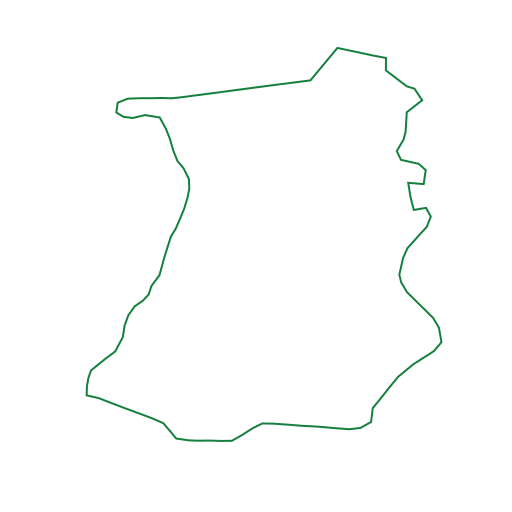 Caaporã, Paraíba, Brazil, rotated 259°
{"feature_id": "56859067B18001718921776", "entity_name": "Caaporã", "entity_type": "district", "adm_level": 2, "iso_a3": "BRA", "parent_name": "Brazil", "parent_adm1": "Paraíba", "projection": "mercator", "projection_center": [-34.92, -7.478], "detail": "fine", "context": "isolated", "style": "outline", "palette": "green", "viewbox_px": 512, "rotation_deg": 259, "n_neighbors": 0, "source": "geoboundaries", "source_scale": "gbopen_adm2", "svg_char_len": 1406}
<svg xmlns="http://www.w3.org/2000/svg" viewBox="0 0 512 512"><g transform="rotate(259 256 256)"><path d="M151.5,63.2L146.4,74.7L140.1,84.6L131.6,98.3L124.8,109.5L116.7,122.7L109.6,133.1L99.3,138.9L92.0,142.9L87.9,154.8L86.0,162.7L83.6,175.5L81.1,186.6L79.2,197.0L82.6,207.3L87.7,220.2L90.4,230.4L87.9,241.9L84.4,255.0L80.2,270.0L77.6,280.7L75.1,289.8L72.0,300.5L68.1,314.7L67.3,325.7L71.1,337.3L84.4,341.6L91.2,349.8L101.5,361.8L110.4,372.6L119.7,389.8L128.7,412.5L136.0,421.6L150.7,421.9L161.5,418.0L191.7,397.3L202.3,393.5L210.2,393.1L226.0,400.0L234.9,406.3L246.1,421.1L252.0,429.2L261.3,435.1L270.8,432.1L271.1,419.7L284.0,418.9L298.8,419.4L294.6,434.3L307.9,439.0L315.4,433.4L322.7,416.7L332.1,414.2L342.2,423.1L349.5,426.6L368.3,431.4L377.2,448.8L390.0,443.5L393.8,436.4L413.4,418.9L425.6,421.4L430.3,409.5L444.7,375.6L418.0,342.9L420.2,309.3L426.1,212.5L426.9,203.3L429.1,193.6L431.1,182.1L432.9,173.0L434.9,160.2L432.9,149.5L423.6,146.3L418.0,152.3L415.0,161.3L415.5,173.9L410.4,187.9L397.9,191.9L387.0,193.9L375.5,194.9L364.3,197.0L356.0,201.6L344.4,204.8L334.6,203.3L326.5,200.0L315.9,194.4L305.7,187.6L298.1,182.4L291.2,176.1L282.2,171.2L272.6,166.0L265.1,162.3L255.5,157.5L246.5,147.6L238.8,143.4L233.8,136.6L229.8,127.4L222.2,119.4L212.9,113.8L201.8,109.8L189.2,99.6L184.0,88.9L179.7,80.7L175.1,72.2L168.3,68.2L160.5,65.2L151.5,63.2Z" fill="none" stroke="#15803d" stroke-width="2"/></g></svg>